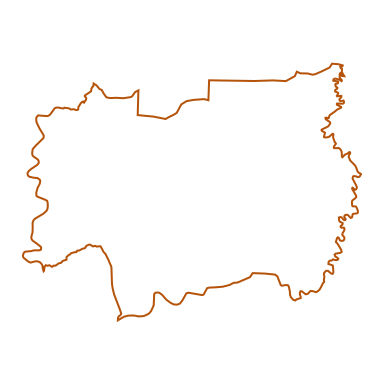 Dong Xoai, Bình Phước, Vietnam (Natural Earth projection)
{"feature_id": "81297802B13642047560711", "entity_name": "Dong Xoai", "entity_type": "district", "adm_level": 2, "iso_a3": "VNM", "parent_name": "Vietnam", "parent_adm1": "Bình Phước", "projection": "natural_earth1", "projection_center": [106.858, 11.515], "detail": "fine", "context": "isolated", "style": "outline", "palette": "amber", "viewbox_px": 384, "rotation_deg": 0, "n_neighbors": 0, "source": "geoboundaries", "source_scale": "gbopen_adm2", "svg_char_len": 5879}
<svg xmlns="http://www.w3.org/2000/svg" viewBox="0 0 384 384"><path d="M43.6,271.3L44.0,270.9L44.6,266.6L45.8,265.2L47.5,265.8L49.4,265.2L51.9,266.8L52.4,266.7L53.7,265.6L55.5,265.7L58.8,263.3L60.9,262.9L62.8,260.9L66.5,259.7L66.5,257.3L66.8,256.7L68.9,254.9L69.9,254.5L71.1,253.2L75.1,252.1L76.4,252.1L76.9,251.1L77.5,250.5L79.3,250.5L82.5,248.7L84.9,248.2L86.4,245.8L89.1,244.6L89.9,244.6L92.8,246.3L93.6,246.4L94.7,245.9L95.4,245.9L96.6,246.6L100.2,246.2L100.7,246.6L102.2,249.2L103.3,251.6L105.5,254.0L108.7,260.5L109.7,263.1L111.0,265.8L111.4,267.2L112.0,284.0L112.7,288.6L114.1,294.4L119.7,309.0L121.2,313.5L121.1,314.1L120.2,315.4L118.9,316.1L118.0,317.7L117.9,320.3L123.8,316.8L128.2,315.6L134.0,315.5L138.5,316.4L142.5,316.2L144.5,315.8L148.8,313.7L151.1,311.1L153.7,305.3L154.2,294.1L155.4,292.7L158.0,292.5L159.5,292.9L162.4,295.1L166.1,299.5L170.8,303.0L174.0,304.5L177.3,304.6L179.9,303.6L182.4,300.4L186.4,293.3L188.4,292.7L202.3,295.1L203.7,294.5L207.1,288.2L209.3,287.6L215.8,287.3L222.8,286.7L229.5,285.0L233.7,282.8L237.4,282.6L249.9,277.2L252.7,273.1L265.3,273.6L275.1,274.6L277.4,276.4L280.7,285.0L282.0,285.8L284.7,285.1L287.8,285.1L288.4,285.8L288.9,287.0L289.9,291.7L290.0,294.5L290.9,297.2L293.2,299.8L295.4,300.5L296.5,299.4L300.7,298.1L300.7,296.7L300.0,294.8L299.8,292.9L300.4,291.4L300.9,291.1L301.8,291.3L305.7,294.3L307.8,293.8L310.5,291.0L312.6,291.1L315.8,292.1L316.6,292.0L317.8,291.2L319.5,289.7L321.1,287.0L323.0,283.0L324.1,282.0L323.9,279.8L324.4,276.5L323.9,274.5L324.0,273.2L325.2,271.7L326.2,270.8L328.0,270.8L331.1,273.5L332.4,273.9L332.9,273.6L333.3,272.6L333.4,271.4L332.8,265.5L330.2,264.5L328.5,264.1L328.5,262.3L329.1,261.2L330.1,260.6L331.8,260.5L332.9,259.4L335.5,260.1L337.6,259.9L338.3,258.7L337.3,257.7L335.2,256.4L334.6,254.6L335.5,253.7L340.3,252.8L341.6,252.0L341.7,251.7L340.9,249.3L337.6,243.8L335.9,242.0L337.0,238.1L337.9,237.3L338.7,237.8L340.0,240.4L340.9,240.8L342.3,240.9L343.3,240.6L343.9,240.0L344.3,239.1L344.4,238.0L344.1,237.0L342.5,235.2L342.3,234.6L342.6,233.1L344.0,230.9L344.5,229.4L344.3,228.2L343.9,227.7L341.5,227.7L340.7,227.2L340.6,226.7L340.8,225.9L342.4,224.7L342.7,223.7L342.6,223.0L339.6,221.6L339.1,220.2L338.9,217.5L340.7,217.0L341.6,217.4L343.8,219.9L344.9,220.2L345.6,219.6L345.6,219.2L344.3,216.8L344.3,216.2L345.0,215.2L345.9,214.8L347.7,214.9L350.7,217.9L351.7,217.6L352.1,217.1L352.7,214.2L353.0,213.9L357.2,213.3L357.7,212.8L357.9,212.0L357.9,211.2L357.3,209.2L356.3,207.0L355.7,206.4L352.7,206.3L352.1,205.4L351.9,202.0L352.3,200.5L355.2,198.3L356.2,197.1L356.3,196.4L355.9,195.3L352.1,188.8L352.2,188.1L352.5,187.7L353.3,188.1L354.6,189.8L355.4,189.7L356.0,189.3L356.8,188.0L356.8,187.1L356.2,185.5L352.6,178.6L352.6,178.0L353.1,176.4L353.8,176.1L356.0,176.3L357.4,177.0L359.1,176.9L359.9,176.2L361.0,174.2L360.8,173.8L358.4,172.5L357.4,171.1L356.2,167.6L355.1,165.5L350.1,160.4L348.7,156.7L348.9,155.7L350.2,153.0L350.1,152.4L349.4,152.1L348.7,152.4L347.8,153.4L344.7,154.8L342.4,157.3L342.2,157.2L341.9,156.6L341.7,152.1L341.1,150.4L339.8,148.6L338.4,148.0L336.2,148.2L334.1,148.1L333.8,147.1L333.9,146.5L335.7,144.1L335.9,143.6L334.7,141.9L333.1,137.5L333.4,134.3L333.1,133.9L332.4,133.9L329.4,136.6L327.8,137.2L325.6,137.5L324.1,137.2L324.0,136.6L325.0,132.8L324.8,132.5L321.8,130.8L321.5,130.2L321.7,129.6L327.6,126.7L328.4,126.1L330.2,123.6L330.2,122.8L329.8,122.0L325.9,119.3L325.5,118.6L325.5,117.8L326.5,117.6L327.9,118.2L328.6,118.2L329.5,115.6L330.3,114.7L334.5,111.8L337.3,109.5L341.0,107.8L341.2,107.3L341.1,106.9L336.9,104.7L336.8,103.9L337.0,103.5L337.9,103.5L342.6,103.7L343.3,103.5L344.0,102.6L344.0,101.9L343.5,100.6L340.4,101.1L339.5,100.3L339.5,99.0L341.2,97.3L341.4,96.0L341.1,95.8L337.1,96.3L336.8,95.9L338.2,93.6L338.2,93.0L337.9,92.6L335.3,91.6L335.1,91.2L335.0,90.5L335.4,89.9L337.1,88.7L337.4,88.1L337.3,87.6L336.1,86.8L335.6,86.1L335.3,84.4L335.7,83.8L337.8,83.4L338.2,82.5L338.2,82.0L337.6,81.4L333.3,80.7L333.3,80.0L333.7,79.2L334.6,78.7L335.4,78.6L337.8,79.2L339.7,79.9L341.6,81.2L341.9,80.8L341.8,80.2L339.7,77.7L339.6,75.2L339.9,73.4L340.3,73.1L341.1,73.9L341.6,75.7L341.9,76.0L344.3,76.2L342.7,73.7L341.8,71.4L342.0,68.9L340.6,67.9L340.3,66.7L342.4,66.3L342.7,65.4L338.3,64.2L332.1,63.7L329.5,67.6L320.8,71.8L315.2,74.2L312.5,74.7L307.8,73.5L300.3,73.3L296.8,71.7L294.9,76.1L285.9,81.1L273.0,80.4L254.2,81.0L209.1,80.3L208.4,100.2L204.0,99.1L193.6,99.9L186.6,101.1L181.3,104.4L176.7,112.9L173.6,114.8L167.9,117.6L165.7,119.0L153.5,116.6L137.7,115.1L138.4,90.4L135.1,92.1L132.4,96.0L130.8,97.1L123.4,98.2L116.3,97.8L110.0,98.1L106.4,97.3L103.5,93.3L101.8,90.0L99.5,89.0L96.5,85.4L93.6,83.5L93.3,86.3L92.2,87.2L91.4,88.7L91.1,91.3L85.0,95.4L84.7,96.0L84.9,96.5L85.9,97.4L86.3,98.7L85.9,99.9L84.0,102.7L83.6,102.5L83.4,101.5L82.9,101.5L81.0,102.9L78.4,107.1L78.2,109.5L77.7,109.8L76.5,110.1L73.6,109.2L70.8,109.5L69.2,108.4L64.3,107.7L63.7,108.4L62.2,108.4L59.8,107.8L57.3,107.5L55.7,107.8L54.6,108.4L50.2,114.5L48.6,115.7L46.8,116.1L38.0,115.4L36.4,117.5L36.2,119.1L36.4,121.6L37.4,124.2L39.6,128.6L43.1,134.4L43.7,135.5L43.7,136.8L43.4,138.1L35.8,145.6L32.7,149.1L32.2,152.8L32.3,154.5L32.7,155.6L33.4,156.4L37.8,159.5L38.5,160.5L38.7,161.9L38.7,163.1L37.1,165.0L31.4,168.8L28.8,171.0L27.7,172.7L27.5,173.5L27.8,175.2L28.3,175.9L29.3,176.7L33.6,177.7L37.3,178.0L39.2,179.2L39.9,179.9L40.2,181.1L40.1,182.4L39.5,184.3L37.6,187.8L36.3,192.5L36.3,194.3L36.6,196.1L38.0,196.9L45.3,199.8L47.1,200.8L47.7,203.0L47.8,206.2L47.4,209.2L46.4,211.0L43.5,213.6L34.7,218.9L33.4,220.5L32.6,222.8L32.7,227.7L32.5,232.6L31.5,236.1L31.3,237.7L31.7,239.4L33.0,240.9L37.2,243.9L40.7,246.7L41.2,247.6L40.9,249.7L39.4,250.3L34.1,250.3L31.3,251.1L25.7,251.6L24.6,252.0L23.8,252.9L23.1,254.7L23.0,256.2L23.5,257.7L28.2,261.5L30.5,262.6L35.4,261.3L37.5,261.3L39.7,262.1L41.2,263.5L42.2,265.0L42.6,266.0L42.7,268.1L43.6,271.3Z" fill="none" stroke="#b45309" stroke-width="2"/></svg>